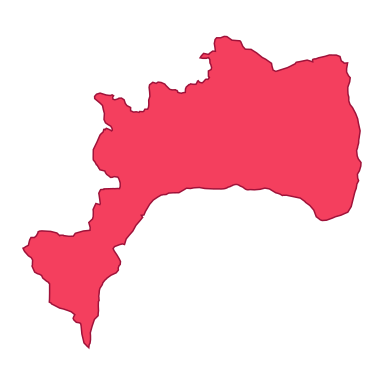 Sagaing, Sagaing, Myanmar (Robinson projection)
{"feature_id": "60261553B34432285334983", "entity_name": "Sagaing", "entity_type": "district", "adm_level": 2, "iso_a3": "MMR", "parent_name": "Myanmar", "parent_adm1": "Sagaing", "projection": "robinson", "projection_center": [95.553, 21.913], "detail": "fine", "context": "isolated", "style": "filled", "palette": "rose", "viewbox_px": 384, "rotation_deg": 0, "n_neighbors": 0, "source": "geoboundaries", "source_scale": "gbopen_adm2", "svg_char_len": 5802}
<svg xmlns="http://www.w3.org/2000/svg" viewBox="0 0 384 384"><path d="M88.8,347.6L89.2,344.6L89.5,344.1L89.7,343.7L90.0,343.3L90.2,341.9L90.3,341.2L90.4,340.4L90.5,339.9L90.5,337.9L90.5,337.2L90.5,336.3L90.5,335.8L90.3,332.8L92.1,326.2L94.4,319.4L98.1,315.7L98.2,313.2L98.5,310.7L98.3,306.0L98.4,301.7L99.1,300.4L99.0,299.5L98.9,298.4L98.9,297.6L98.9,297.3L98.7,296.1L98.9,295.1L99.1,293.4L99.2,292.7L99.2,291.8L99.3,291.3L99.3,290.8L99.7,289.1L99.8,288.7L100.0,288.1L100.5,287.5L100.9,286.7L101.7,285.6L102.1,284.9L102.2,284.7L102.5,284.0L102.6,283.6L102.7,283.0L103.1,282.5L104.0,281.2L104.4,280.9L104.9,280.1L105.4,279.7L106.0,279.2L106.4,278.8L106.9,278.3L107.3,277.8L107.9,277.5L108.7,276.8L109.2,276.5L109.8,276.1L110.4,275.6L111.0,275.2L116.2,272.8L118.3,270.2L118.4,269.4L118.2,268.1L118.3,267.6L118.6,266.9L118.9,266.2L119.0,265.9L119.0,265.6L119.5,265.2L120.2,264.5L120.5,261.5L119.1,258.7L117.0,255.1L114.1,250.8L113.1,248.6L114.5,246.6L119.7,244.6L122.5,243.9L124.5,244.5L126.2,238.9L129.3,235.1L132.8,231.1L135.9,225.4L140.1,220.5L142.4,217.6L142.6,217.5L141.9,216.2L141.3,215.3L143.9,215.0L145.5,211.3L149.7,204.2L153.3,200.0L157.8,197.0L161.3,195.0L162.3,194.9L163.3,194.6L164.4,194.6L165.8,194.5L166.1,194.5L168.6,193.1L172.8,192.8L178.9,192.7L185.1,189.1L185.6,188.7L186.7,188.2L186.8,188.2L190.4,188.5L193.9,187.8L199.4,187.5L204.9,188.5L213.3,188.9L219.7,188.9L220.9,189.0L222.2,188.9L223.5,188.8L224.8,188.6L226.1,188.2L227.1,187.8L228.0,187.2L228.9,186.9L229.9,186.7L231.0,186.1L232.2,185.6L233.0,185.1L234.7,184.6L236.2,184.4L237.6,184.6L238.8,185.1L240.2,186.0L241.7,186.6L243.1,187.3L244.3,188.3L245.6,189.2L246.7,189.6L247.8,189.8L249.0,189.7L249.6,189.6L249.9,189.6L250.9,189.6L254.4,189.8L260.1,189.3L264.9,188.1L269.4,188.9L275.8,192.8L278.2,193.4L278.6,193.6L279.0,193.7L279.4,193.9L279.7,194.0L280.1,194.1L280.4,194.3L280.9,194.6L281.2,194.8L281.9,195.2L282.4,195.5L283.5,195.2L283.8,195.2L285.0,195.3L285.7,195.2L286.4,195.2L300.3,198.1L305.1,201.6L305.3,202.1L305.5,202.3L309.9,205.5L313.8,210.1L316.3,216.8L317.0,217.2L317.2,217.4L320.4,219.9L322.2,220.5L326.5,220.2L332.3,218.1L335.5,216.7L340.9,215.2L345.4,213.2L347.8,212.2L351.2,206.6L352.7,200.6L354.5,193.3L355.1,191.2L356.2,188.4L356.9,184.0L358.6,180.7L357.7,178.2L357.4,174.2L359.4,170.8L360.8,166.1L361.0,162.5L358.3,158.9L357.2,155.9L356.6,150.5L357.6,147.5L357.6,146.9L358.6,143.2L358.7,141.8L358.7,140.3L359.2,137.3L359.5,135.1L359.8,133.3L360.1,130.8L358.4,123.1L357.7,118.9L355.6,113.5L352.5,107.6L350.0,104.5L348.8,100.9L348.8,97.1L348.0,94.2L347.8,90.6L347.8,87.2L349.7,81.8L350.2,77.7L348.6,75.9L346.6,72.1L346.6,68.7L347.6,62.9L344.5,63.2L343.6,62.7L343.5,62.4L341.3,60.9L340.0,56.5L336.4,55.1L334.7,55.1L329.4,55.0L325.2,56.3L318.6,57.8L315.7,58.9L314.6,58.9L313.0,59.3L312.6,59.7L312.7,61.8L307.2,60.1L298.4,61.9L298.0,61.9L296.2,62.3L295.1,63.8L287.6,67.6L275.8,71.4L273.1,70.1L272.0,66.2L271.5,63.3L267.6,60.6L265.6,59.2L262.3,57.5L256.6,52.9L252.3,50.2L251.2,49.4L245.3,49.2L242.8,46.4L241.4,43.2L240.8,41.8L239.9,40.8L237.1,40.6L232.0,40.2L226.9,36.6L224.2,36.4L220.6,37.8L216.6,37.8L215.1,39.5L214.3,43.5L215.0,47.7L215.4,51.3L212.7,51.1L209.2,53.6L209.2,54.0L208.3,54.4L203.6,53.4L201.3,55.9L200.1,57.8L202.6,58.3L206.4,58.3L208.3,57.6L208.5,58.0L209.1,58.2L209.4,59.0L209.8,59.4L210.0,63.0L210.8,64.6L211.6,67.5L211.2,69.5L208.4,71.0L208.4,76.3L209.4,77.4L209.4,77.6L208.8,78.0L208.6,78.6L207.8,79.4L206.3,79.2L205.6,79.4L204.5,80.6L203.3,82.0L202.1,82.9L199.5,82.3L198.2,80.7L197.4,81.3L197.3,82.0L195.9,84.3L193.0,84.3L190.5,83.9L189.7,84.6L189.0,84.6L186.3,87.0L185.5,88.9L185.3,92.4L183.2,92.7L181.8,93.1L181.6,93.3L179.5,92.9L177.7,92.3L177.6,91.3L177.0,90.5L176.0,90.3L175.6,89.8L172.1,89.9L169.7,89.3L165.7,85.3L164.8,84.1L161.2,82.5L158.1,82.1L156.1,83.4L152.8,82.3L149.6,84.8L149.1,87.4L149.6,91.7L149.9,96.3L148.7,100.1L148.8,104.5L148.5,107.3L147.6,109.2L144.9,109.2L143.8,111.2L142.9,111.7L139.7,111.5L139.1,112.4L136.2,111.8L133.5,112.1L130.6,110.7L130.6,107.5L126.9,105.6L125.3,103.4L124.1,99.8L121.5,98.1L118.9,98.2L117.7,99.0L114.8,99.8L113.0,99.2L112.6,97.1L113.6,95.8L112.3,94.9L111.3,95.1L110.6,95.5L108.4,95.3L106.2,95.0L100.1,93.1L96.5,94.2L94.6,96.4L94.7,98.6L100.2,103.2L102.5,105.5L103.3,109.4L104.4,113.5L104.0,119.5L105.5,122.8L107.9,124.5L110.8,126.2L112.1,128.5L112.3,130.2L111.6,130.9L109.9,129.8L107.3,128.7L106.3,128.3L105.2,129.6L105.0,129.2L103.8,129.4L103.2,131.9L101.0,133.9L100.0,135.1L97.0,142.0L93.3,149.6L93.2,158.0L93.3,159.9L95.2,162.3L96.1,164.2L96.3,164.6L96.7,164.6L96.9,165.2L97.5,165.6L97.7,166.2L98.7,167.7L98.9,168.3L99.6,169.1L99.8,169.7L100.4,169.9L104.8,171.0L105.5,172.7L106.7,174.4L109.3,176.3L110.5,177.4L112.2,177.3L114.2,176.6L117.8,177.1L118.6,178.3L119.2,179.7L120.2,182.9L120.2,186.6L119.5,188.6L117.7,188.5L114.3,188.7L113.9,188.6L104.0,188.9L103.9,189.4L100.7,189.6L99.9,190.9L98.8,193.2L99.2,195.7L100.3,203.6L99.8,204.6L95.9,203.5L94.5,206.4L93.1,209.5L93.3,211.9L93.2,216.6L92.5,219.0L91.4,220.0L88.8,222.5L90.2,227.5L90.0,230.3L83.3,231.0L75.3,233.3L73.3,236.2L68.8,236.3L63.6,235.6L63.2,235.2L60.5,235.2L59.8,235.7L56.9,233.0L50.7,231.4L41.9,230.9L39.6,231.1L38.1,231.8L37.9,232.9L36.4,235.7L34.4,237.5L31.0,237.5L29.7,239.9L29.1,242.2L28.4,245.3L25.5,246.8L24.3,247.7L23.0,248.2L24.0,250.4L24.7,251.6L28.4,255.8L31.2,257.6L32.6,260.0L32.4,264.2L32.5,264.9L32.0,266.0L33.1,268.6L34.7,272.1L37.3,273.6L39.8,274.4L41.6,275.5L42.8,278.1L46.6,281.2L48.0,282.0L48.7,282.6L48.9,283.2L49.5,283.7L49.6,283.8L49.6,288.0L49.6,293.6L49.5,299.2L49.3,302.1L51.0,303.0L51.6,303.9L55.3,305.8L59.7,308.1L63.5,309.0L68.2,310.6L71.3,311.8L74.8,314.7L73.9,316.3L73.1,318.3L73.8,319.9L76.3,322.3L79.8,322.9L80.7,323.8L81.1,325.8L81.9,334.0L84.0,342.9L87.7,346.8L88.3,347.0L88.8,347.6Z" fill="#f43f5e" stroke="#9f1239" stroke-width="1.5"/></svg>